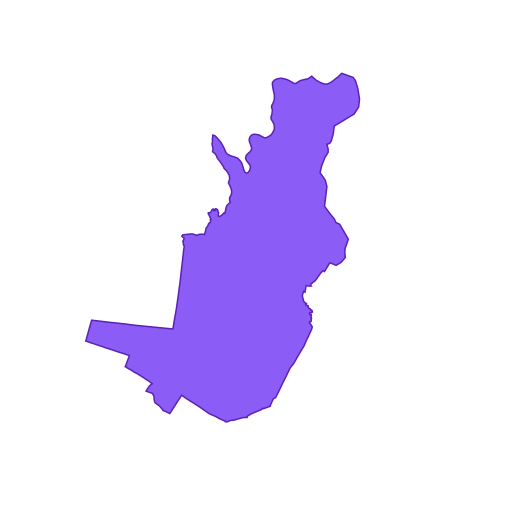 Sacu, Caras-Severin, Romania (orthographic projection), rotated 322°
{"feature_id": "2599482B680893126759", "entity_name": "Sacu", "entity_type": "district", "adm_level": 2, "iso_a3": "ROU", "parent_name": "Romania", "parent_adm1": "Caras-Severin", "projection": "orthographic", "projection_center": [22.117, 45.574], "detail": "fine", "context": "isolated", "style": "filled", "palette": "violet", "viewbox_px": 512, "rotation_deg": 322, "n_neighbors": 0, "source": "geoboundaries", "source_scale": "gbopen_adm2", "svg_char_len": 6037}
<svg xmlns="http://www.w3.org/2000/svg" viewBox="0 0 512 512"><g transform="rotate(322 256 256)"><path d="M87.8,319.4L87.6,320.0L87.6,320.3L89.5,323.8L91.1,327.1L106.5,321.7L111.7,320.0L112.2,321.8L112.8,323.5L112.9,323.9L113.2,324.8L113.3,325.3L118.8,340.7L122.0,351.4L125.9,358.6L125.9,358.9L125.9,359.0L126.7,360.4L126.6,360.9L130.1,367.3L129.8,367.7L130.1,368.2L131.6,369.1L134.0,369.7L135.2,370.2L136.6,371.2L138.2,372.1L139.5,372.5L146.2,375.3L147.8,376.4L149.6,377.8L150.4,376.9L154.0,377.3L155.9,377.7L160.5,378.9L165.7,380.4L166.9,380.1L167.5,380.0L167.8,380.9L174.8,383.2L175.1,383.0L175.1,382.6L182.0,379.1L184.2,379.7L190.8,376.6L197.8,373.1L207.4,368.5L214.1,365.2L219.4,364.0L224.9,361.7L230.4,359.5L238.5,356.4L245.7,352.5L247.8,351.7L248.1,351.4L251.8,349.5L255.3,347.6L256.7,346.5L257.0,344.2L257.1,342.9L257.0,341.8L257.4,340.9L258.9,341.6L260.0,340.7L260.6,339.8L261.3,339.4L261.7,338.8L261.7,338.2L261.6,337.9L262.9,337.0L263.6,335.9L263.1,335.5L262.5,335.5L262.4,335.0L263.2,333.8L263.8,333.7L265.4,334.9L266.0,334.9L266.6,333.6L266.1,331.8L265.9,331.8L266.2,331.0L265.9,330.1L265.4,329.7L265.4,328.7L266.5,327.2L265.3,325.7L265.2,324.9L266.5,324.5L266.0,323.2L265.6,321.1L266.4,319.6L267.9,316.0L269.6,314.6L271.8,313.2L272.3,314.7L277.3,310.2L279.3,312.4L281.0,313.6L281.1,312.6L282.7,311.7L283.3,312.0L284.0,311.7L285.7,311.9L287.0,312.0L288.6,311.5L288.8,311.6L296.0,309.4L299.8,308.8L300.1,309.4L300.4,310.4L310.0,306.8L313.4,312.7L319.1,313.4L325.4,312.2L328.5,307.5L331.2,304.6L333.4,303.3L335.5,302.0L337.6,300.6L339.1,299.6L341.5,282.5L339.6,278.8L340.5,275.1L340.4,270.9L340.4,266.7L340.5,262.4L340.7,258.9L354.6,245.0L357.2,239.1L357.4,236.4L357.6,233.7L357.7,229.9L362.8,225.7L370.4,221.1L376.7,218.7L378.8,216.0L380.6,211.6L383.3,212.6L386.0,211.8L391.6,207.7L397.7,201.8L420.8,204.5L428.6,201.8L434.2,196.1L439.3,186.8L442.3,179.0L442.5,175.1L436.0,164.8L430.8,165.4L429.1,165.3L424.4,165.4L422.6,165.3L419.4,164.8L417.6,164.2L415.4,162.1L413.3,158.4L411.7,154.6L411.0,151.4L410.6,148.6L406.0,148.4L404.2,147.3L402.4,146.6L400.1,145.5L398.4,145.0L394.0,144.5L393.5,144.4L392.8,144.0L392.4,143.6L392.0,143.0L391.5,141.5L390.1,138.2L389.4,136.7L388.0,134.6L386.7,133.0L385.4,131.5L384.2,130.7L382.9,130.0L381.0,129.2L380.1,129.0L379.1,128.8L378.4,128.9L377.0,129.0L375.9,129.4L374.9,130.4L374.0,131.8L372.2,135.0L369.9,139.8L369.2,140.9L368.1,142.4L367.2,143.4L366.1,144.4L364.9,145.2L362.9,146.4L361.4,146.9L360.3,147.8L359.6,148.9L359.0,150.6L358.3,151.5L357.7,152.2L356.8,153.1L355.6,154.2L354.0,155.2L353.0,156.2L352.6,156.8L352.1,157.7L352.0,159.1L351.7,161.3L351.4,162.8L350.8,164.1L349.9,165.6L348.8,167.0L347.5,167.9L345.2,169.0L342.6,169.8L341.1,169.8L338.5,169.4L337.0,169.1L335.8,168.5L334.7,166.6L332.8,162.3L331.7,161.0L330.0,159.3L328.4,158.3L326.8,158.0L325.2,158.3L323.8,158.9L322.3,160.0L321.5,161.3L320.9,162.6L320.6,164.1L319.3,167.5L318.5,169.0L317.4,169.6L316.0,170.1L313.5,170.2L310.9,170.6L309.8,171.0L308.9,171.7L308.0,172.5L307.7,173.4L307.3,174.5L307.2,175.4L307.2,179.1L307.1,181.2L306.4,182.4L305.4,183.3L303.7,184.6L301.9,185.1L300.4,185.3L299.4,184.7L299.0,183.6L299.0,182.6L299.2,181.1L300.0,179.3L301.1,176.4L301.8,174.7L302.1,172.3L302.1,171.4L302.0,169.5L301.9,168.5L301.6,167.3L300.9,166.1L299.6,164.1L297.9,161.7L296.6,159.1L296.2,158.0L296.0,157.3L296.1,155.7L297.3,151.2L298.1,146.6L298.3,144.5L298.1,139.6L298.0,138.2L297.8,136.3L297.2,135.1L296.3,134.1L295.2,135.6L293.9,136.6L291.8,139.5L291.1,139.9L290.5,140.4L289.6,141.9L288.3,145.0L286.2,146.7L286.1,148.1L286.8,150.2L286.8,150.6L286.5,152.6L286.0,154.2L285.8,155.6L285.7,156.6L285.8,159.2L285.5,164.1L285.3,165.7L284.8,167.4L284.9,168.5L285.1,169.3L285.2,170.6L285.1,172.7L284.6,175.7L284.3,176.5L283.2,178.3L282.4,179.3L281.2,180.1L280.0,180.8L279.3,181.4L279.1,182.3L278.8,184.1L278.1,186.7L277.4,188.6L276.6,190.1L275.5,191.4L274.1,192.5L273.2,193.0L272.2,193.3L271.1,193.8L270.5,194.4L269.1,196.8L268.8,197.9L268.2,197.9L266.4,198.0L264.7,198.2L263.5,198.6L262.1,199.6L259.4,201.8L257.8,203.2L257.6,203.2L257.5,202.5L257.2,202.3L254.1,202.8L253.8,202.6L253.5,202.6L252.2,202.8L251.9,202.6L251.7,202.2L251.5,201.9L251.1,201.7L250.9,201.2L253.4,198.6L253.2,197.9L253.3,197.6L254.0,196.7L253.8,196.4L254.1,195.8L253.8,195.6L253.9,195.1L253.8,194.5L253.6,194.0L253.2,193.8L252.6,194.0L251.7,194.8L251.3,195.0L251.1,194.6L250.8,193.9L251.2,193.6L251.3,193.3L251.4,193.0L251.2,192.7L250.9,192.4L249.4,192.6L247.7,193.5L246.5,193.6L246.0,193.4L245.2,192.6L244.9,192.6L244.6,192.9L244.3,193.5L244.2,194.5L243.8,196.4L243.0,199.4L242.6,199.3L242.3,199.3L241.4,201.1L238.9,201.3L238.4,201.4L237.2,202.2L236.2,202.7L234.9,203.0L233.9,203.3L231.9,205.0L228.7,207.3L228.2,206.7L225.4,204.4L223.5,203.6L222.0,203.4L222.0,203.1L220.9,201.4L220.0,200.1L218.7,198.8L217.9,198.3L211.4,194.3L209.8,194.6L209.8,195.6L210.4,197.7L207.6,199.5L207.4,199.4L206.9,200.7L206.2,201.7L205.8,202.4L205.6,203.2L205.5,204.1L202.8,206.6L199.9,209.6L183.5,226.3L179.4,230.5L175.3,234.4L171.2,238.5L160.6,248.7L151.8,256.6L145.6,262.3L140.9,257.9L119.2,237.2L114.8,232.9L111.9,229.8L99.7,218.0L87.0,205.4L84.3,207.3L69.5,218.2L71.7,221.7L80.1,234.2L80.7,235.4L81.8,236.9L83.9,240.0L85.9,242.9L87.1,244.9L89.7,248.7L90.6,250.0L92.4,252.6L93.6,254.6L94.0,255.1L94.9,256.4L94.9,256.5L91.6,258.6L86.2,261.9L84.8,262.7L85.2,263.5L85.7,265.1L86.1,266.2L86.5,266.9L86.7,267.6L87.2,268.5L87.4,269.3L88.0,270.8L88.0,271.1L88.5,272.4L89.1,273.8L89.6,274.7L89.9,275.6L90.3,276.5L90.5,277.2L90.8,278.0L90.9,278.4L91.1,278.8L91.4,279.4L91.6,280.3L91.8,280.6L91.9,281.1L92.0,281.4L92.6,283.0L93.1,284.7L93.3,285.5L93.7,286.3L94.2,287.8L94.6,288.8L94.7,289.4L94.8,289.8L95.0,290.3L95.0,290.6L95.6,292.8L92.8,292.7L91.6,292.9L90.9,293.1L90.2,293.4L88.5,293.9L86.9,294.5L86.2,294.9L89.8,300.5L89.9,300.8L89.8,301.1L89.4,302.3L89.4,302.7L89.4,303.2L89.3,303.5L89.2,303.8L89.0,304.1L88.4,304.9L87.4,306.3L86.5,308.3L86.2,309.1L86.2,309.4L86.2,309.8L87.4,314.0L87.5,314.4L87.6,314.8L87.8,319.4Z" fill="#8b5cf6" stroke="#5b21b6" stroke-width="1.5"/></g></svg>